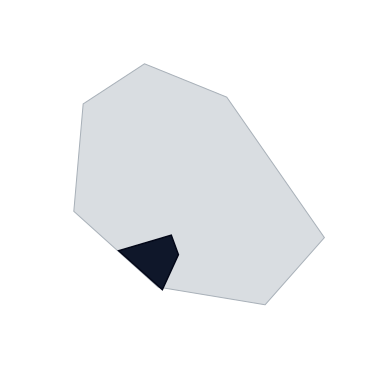 Denigomodu highlighted on a map of Nauru, rotated 299°
{"feature_id": "NRU-4973", "entity_name": "Denigomodu", "entity_type": "state/province", "adm_level": 1, "iso_a3": "NRU", "parent_name": "Nauru", "parent_adm1": "", "projection": "natural_earth1", "projection_center": [166.912, -0.518], "detail": "fine", "context": "in_parent", "style": "filled", "palette": "ink", "viewbox_px": 384, "rotation_deg": 299, "n_neighbors": 0, "source": "natural_earth", "source_scale": "10m", "svg_char_len": 383}
<svg xmlns="http://www.w3.org/2000/svg" viewBox="0 0 384 384"><g transform="rotate(299 192 192)"><path d="M291.8,176.4L216.3,329.9L128.8,310.6L92.4,208.4L117.8,98.0L216.3,54.1L281.1,88.3L291.8,176.4Z" fill="#d9dde1" stroke="#a8b0b8" stroke-width="1"/><path d="M92.2,213.4L105.1,156.3L144.2,194.8L130.6,210.5L92.2,213.4Z" fill="#0f172a" stroke="#020617" stroke-width="1.5"/></g></svg>